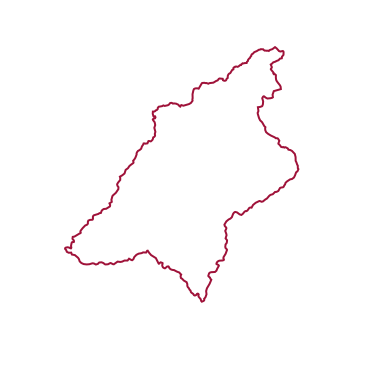 Vilcas Huaman, Ayacucho, Peru (Mercator projection), rotated 67°
{"feature_id": "86281439B2883679079046", "entity_name": "Vilcas Huaman", "entity_type": "district", "adm_level": 2, "iso_a3": "PER", "parent_name": "Peru", "parent_adm1": "Ayacucho", "projection": "mercator", "projection_center": [-73.905, -13.674], "detail": "fine", "context": "isolated", "style": "outline", "palette": "rose", "viewbox_px": 384, "rotation_deg": 67, "n_neighbors": 0, "source": "geoboundaries", "source_scale": "gbopen_adm2", "svg_char_len": 5971}
<svg xmlns="http://www.w3.org/2000/svg" viewBox="0 0 384 384"><g transform="rotate(67 192 192)"><path d="M295.1,222.6L294.2,220.8L291.8,218.6L288.7,217.7L286.5,215.9L283.4,211.7L280.3,208.5L278.9,209.0L277.8,208.9L276.5,209.6L275.6,209.8L273.6,208.1L273.2,207.1L273.3,205.7L274.6,202.1L274.0,200.3L272.5,198.8L270.4,196.1L269.5,196.2L267.9,197.6L267.5,197.5L266.8,196.9L266.1,195.8L265.9,194.6L265.9,193.6L266.9,190.9L267.1,189.5L266.6,189.0L265.2,189.0L264.2,188.3L262.0,185.2L259.0,182.4L258.3,182.4L256.6,183.0L255.5,182.8L253.4,181.6L252.4,179.9L250.6,178.8L250.1,178.6L247.8,179.2L245.3,177.1L244.1,176.8L240.8,176.6L239.1,174.7L238.2,174.4L236.0,175.1L234.7,174.9L232.5,171.9L231.6,169.0L231.5,167.1L230.8,165.2L228.3,162.8L227.5,161.6L227.2,160.5L227.3,159.9L228.4,158.5L231.2,156.9L232.4,155.5L232.0,153.9L230.6,151.2L230.5,150.1L230.9,149.3L230.7,148.2L229.0,145.4L229.1,144.3L229.7,143.3L227.8,140.9L226.8,137.6L226.6,133.5L226.9,133.0L228.2,131.7L228.4,130.4L227.5,127.3L227.3,125.6L225.7,122.4L225.3,120.9L225.6,118.5L224.4,115.5L224.9,114.2L224.8,112.2L222.7,109.4L222.7,108.4L223.2,106.4L223.0,105.6L221.9,104.4L221.5,103.5L220.1,102.3L219.4,100.5L218.7,96.8L219.1,94.8L218.5,92.5L216.9,90.6L215.0,88.9L214.5,88.3L214.2,86.9L212.5,85.1L211.5,85.3L208.9,84.3L208.0,84.5L205.4,84.3L203.8,84.4L200.3,83.0L197.1,82.5L193.3,83.9L191.8,85.1L190.7,86.7L189.4,86.8L188.0,87.8L187.1,88.8L187.2,89.7L186.2,90.5L186.2,91.1L185.4,92.3L182.9,92.9L181.5,93.6L181.0,93.5L179.0,91.6L176.4,92.0L175.7,92.7L175.2,93.9L174.0,94.5L170.9,97.3L168.1,99.3L165.9,100.4L163.8,100.4L162.2,99.9L161.0,99.1L159.6,99.7L155.2,100.2L152.6,101.3L150.0,101.4L145.6,100.9L144.6,100.5L143.9,99.6L143.0,99.1L139.7,98.2L140.3,96.0L140.4,94.1L140.2,93.6L139.0,92.5L136.4,91.1L133.1,90.7L132.1,89.4L131.9,88.8L132.2,88.2L133.8,87.4L135.4,86.1L136.4,82.9L136.6,81.2L136.4,80.5L133.9,79.8L131.1,77.3L132.0,70.0L129.8,69.3L128.3,69.3L124.7,70.3L122.8,70.7L121.5,70.7L119.4,70.1L117.2,69.1L115.9,69.7L115.6,70.6L114.7,70.8L114.3,70.3L113.4,70.5L109.9,71.5L109.5,71.3L108.7,70.0L108.2,69.7L105.4,69.7L105.1,68.2L104.4,66.6L104.6,64.1L104.4,63.3L104.5,60.9L103.6,58.9L104.0,57.1L102.6,56.3L101.5,54.2L98.9,53.0L98.2,53.0L97.7,53.3L97.2,55.8L96.3,56.8L92.8,58.0L91.1,59.0L91.9,62.2L91.7,64.8L92.2,66.2L91.6,66.7L91.3,67.9L90.7,68.7L90.3,69.8L89.3,70.5L88.5,70.7L87.4,72.9L87.5,73.9L87.2,74.8L87.6,77.4L87.6,80.0L88.5,82.0L88.6,83.1L89.3,84.0L89.9,84.3L90.2,85.1L91.3,86.4L91.5,87.4L92.4,88.9L93.2,89.3L93.6,90.5L94.6,91.3L93.9,93.2L93.8,94.3L93.3,95.2L93.7,96.0L93.7,96.6L94.3,97.2L94.0,98.2L94.6,100.2L94.6,101.1L93.8,102.2L93.5,103.2L93.8,103.8L93.6,104.2L93.7,104.7L94.1,105.5L95.3,106.0L95.4,107.4L97.5,110.3L97.6,111.7L98.1,112.7L99.1,113.7L101.0,114.6L101.3,115.8L102.3,116.8L102.6,117.6L102.2,118.9L101.2,119.8L99.8,119.5L98.3,122.2L98.3,123.1L99.3,124.8L99.2,126.2L99.7,129.6L98.6,133.4L98.7,134.7L97.4,136.0L97.0,137.1L96.3,138.0L95.7,139.8L95.7,140.4L99.5,145.5L98.7,146.5L97.9,148.5L98.0,150.0L99.1,151.1L102.2,153.3L106.0,154.8L106.7,155.4L108.2,155.8L109.6,158.2L109.9,160.4L109.2,166.2L107.8,167.9L108.1,168.7L108.8,169.4L108.3,169.9L106.3,170.5L104.5,172.1L103.4,174.0L103.2,175.0L102.3,175.6L101.8,176.3L101.6,177.4L102.5,179.0L102.7,180.3L102.1,183.5L101.1,184.6L101.3,185.9L100.5,189.4L101.2,190.6L102.2,191.1L102.8,192.4L102.7,193.6L103.1,194.2L103.2,195.3L102.7,196.6L104.7,197.6L107.2,197.9L107.5,197.8L107.8,196.5L108.9,196.4L109.7,197.2L109.5,199.0L109.9,199.7L110.9,199.7L113.2,199.1L116.0,199.7L118.2,201.6L122.3,202.2L124.1,203.6L125.3,203.8L126.0,204.3L126.5,205.2L126.6,206.4L127.8,207.2L128.6,208.1L129.3,209.9L129.2,210.4L128.2,211.7L128.1,212.2L129.8,214.0L129.3,216.0L128.6,216.9L128.4,217.6L129.2,218.3L130.5,220.3L132.3,221.9L132.9,223.8L133.1,225.7L134.0,227.2L134.9,228.0L135.8,228.3L138.3,230.7L139.3,232.1L140.3,234.0L141.8,234.2L142.4,234.7L143.1,237.8L143.7,239.6L145.1,241.7L145.7,244.4L148.6,246.9L149.4,249.7L149.7,252.4L150.9,252.5L152.9,253.4L154.4,256.3L155.6,257.9L157.1,258.2L158.8,257.8L160.6,258.7L163.0,262.4L164.2,266.0L164.7,266.9L167.8,269.3L169.2,269.5L169.8,269.8L170.2,272.4L172.0,272.4L173.2,273.2L173.9,277.5L173.2,279.8L173.4,281.2L173.9,282.4L175.7,284.1L175.3,285.5L175.6,286.7L175.1,291.3L175.3,292.1L176.2,293.0L177.5,293.4L178.5,294.1L178.6,294.6L177.8,296.8L177.8,298.6L178.9,299.6L180.1,300.0L180.6,300.4L181.1,301.4L181.1,303.4L182.5,306.7L184.1,309.6L185.0,310.3L185.9,310.3L186.3,310.7L186.3,311.9L187.1,317.6L186.7,319.3L188.1,320.2L188.7,320.3L190.4,319.7L191.5,320.0L191.9,320.4L191.3,321.8L191.9,322.8L194.5,324.5L195.8,324.7L196.4,325.1L196.6,325.4L196.3,325.9L195.2,326.8L194.3,328.0L193.9,329.7L194.0,330.5L194.4,330.9L195.1,331.0L196.3,330.5L198.1,330.6L199.7,329.3L200.6,326.9L202.6,327.0L204.3,324.5L208.0,322.6L209.6,322.3L212.0,322.5L214.1,321.6L216.0,319.9L217.5,317.3L218.4,314.6L218.7,311.6L219.4,310.3L221.2,308.8L221.4,306.7L220.7,305.3L220.7,304.7L221.4,302.7L222.8,301.3L224.4,300.5L225.0,299.7L225.7,297.5L225.5,295.4L225.6,294.6L227.6,292.9L228.0,292.2L227.0,287.7L228.4,285.3L228.8,283.5L228.7,280.9L229.9,278.1L228.8,276.0L231.0,274.3L231.4,273.7L231.0,272.3L229.3,270.5L228.1,267.7L227.9,265.2L228.6,262.2L228.5,260.6L229.8,257.9L228.6,256.3L228.7,255.7L231.3,255.2L234.1,254.3L238.7,251.1L244.7,250.7L245.1,250.5L245.1,250.1L244.6,249.2L244.5,248.3L245.8,246.9L246.6,247.1L247.5,247.9L248.3,248.2L249.9,248.2L250.8,247.7L251.6,246.9L251.7,246.5L250.9,244.1L251.2,242.9L251.6,242.6L252.8,242.6L254.6,242.0L255.9,240.7L256.9,239.0L259.3,237.1L261.2,235.1L262.9,234.7L263.7,234.2L265.0,235.4L266.8,235.8L268.2,234.9L270.2,234.2L272.9,232.2L274.9,232.3L276.6,233.0L278.0,233.0L279.3,232.5L281.0,232.4L282.1,231.9L283.6,232.1L284.3,231.9L286.3,230.7L287.7,230.5L288.3,230.0L288.5,229.3L288.4,228.3L287.8,227.4L287.7,226.7L288.2,226.0L289.0,225.9L290.1,226.7L291.0,226.8L294.0,225.9L296.0,226.1L296.8,225.8L296.8,224.1L296.6,223.3L296.1,222.8L295.1,222.6Z" fill="none" stroke="#9f1239" stroke-width="2"/></g></svg>